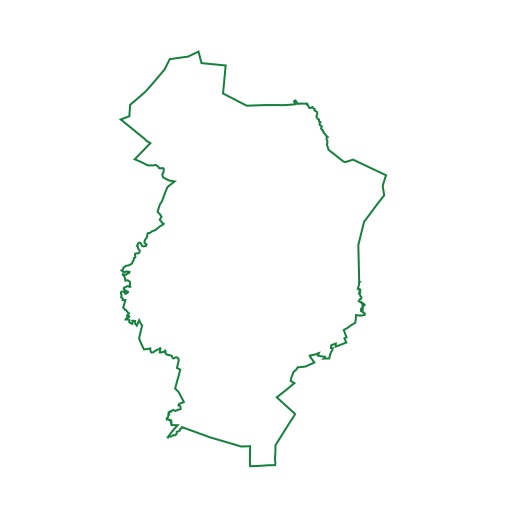 Xalisco, Nayarit, Mexico (Equal Earth projection), rotated 83°
{"feature_id": "50627088B39496804164051", "entity_name": "Xalisco", "entity_type": "district", "adm_level": 2, "iso_a3": "MEX", "parent_name": "Mexico", "parent_adm1": "Nayarit", "projection": "equal_earth", "projection_center": [-104.936, 21.399], "detail": "fine", "context": "isolated", "style": "outline", "palette": "green", "viewbox_px": 512, "rotation_deg": 83, "n_neighbors": 0, "source": "geoboundaries", "source_scale": "gbopen_adm2", "svg_char_len": 6143}
<svg xmlns="http://www.w3.org/2000/svg" viewBox="0 0 512 512"><g transform="rotate(83 256 256)"><path d="M459.9,262.0L454.0,260.8L446.2,259.7L425.6,243.0L418.9,237.3L417.5,236.5L398.8,252.6L391.9,241.2L388.4,235.9L386.9,233.4L384.1,236.9L380.7,235.6L375.5,232.7L374.1,230.4L371.5,228.0L371.7,227.0L371.7,220.0L368.8,211.1L362.4,214.6L361.4,214.8L361.0,209.6L360.0,205.4L362.4,206.8L363.9,202.2L364.4,199.9L365.9,200.5L366.1,200.9L366.6,195.8L363.1,194.6L360.1,192.9L358.9,191.8L356.8,191.0L356.7,192.0L356.5,192.8L353.8,192.2L352.6,187.5L355.7,188.0L352.9,176.9L348.5,178.3L347.8,176.1L340.1,177.9L338.5,173.9L336.2,169.8L334.4,165.6L330.2,164.5L327.6,164.1L326.8,163.8L327.9,160.2L327.7,160.1L327.9,159.2L328.0,157.6L327.6,155.3L327.3,155.3L327.1,155.1L326.4,155.0L324.8,156.9L324.0,156.7L323.2,157.2L323.0,157.4L323.7,158.0L323.6,158.4L322.6,158.3L322.3,158.1L321.9,158.3L321.1,158.1L320.8,157.7L321.0,157.5L321.5,157.3L321.7,157.1L322.2,156.9L322.0,156.6L321.8,156.5L321.4,156.4L320.5,156.8L319.5,156.0L318.8,156.4L318.5,156.4L318.3,156.1L317.2,156.3L317.0,155.8L317.1,155.6L318.4,155.1L318.2,154.6L317.9,154.1L317.5,154.2L316.7,154.9L316.2,155.8L315.5,156.1L315.2,156.8L315.6,156.9L314.5,157.8L314.3,157.7L313.5,159.5L311.7,158.4L311.1,156.7L310.0,156.4L309.4,156.6L308.4,157.3L307.6,157.3L306.7,157.7L306.3,158.0L305.4,157.4L305.4,158.1L303.2,156.9L303.0,157.4L302.1,156.7L301.4,157.3L301.0,159.0L297.0,157.2L295.2,157.0L294.8,156.6L294.6,156.7L294.3,156.2L294.0,156.7L257.6,153.1L235.3,144.6L219.5,129.5L211.4,121.4L201.7,121.7L191.7,117.1L172.2,147.9L173.7,156.0L172.7,157.9L159.5,171.0L153.7,172.1L153.0,171.5L151.9,171.4L151.4,171.2L150.6,171.1L149.7,171.6L148.8,171.7L148.0,171.7L147.0,171.2L146.7,170.3L146.2,170.6L145.1,172.0L144.2,172.0L142.0,173.8L140.9,173.7L140.1,174.5L139.2,174.5L138.9,174.7L138.5,175.3L137.5,175.9L136.9,175.7L136.2,175.2L135.5,174.9L133.6,176.8L133.1,176.7L132.3,176.9L131.6,176.1L130.9,175.8L130.6,176.1L129.9,177.1L129.6,177.2L128.7,176.8L128.3,176.8L127.8,177.2L127.4,178.1L125.1,179.0L123.9,178.8L122.7,178.0L120.9,177.8L120.1,178.2L118.7,180.1L118.3,180.3L117.9,180.2L117.2,179.9L116.8,180.7L116.4,181.1L115.0,181.8L115.0,182.1L115.6,182.9L115.6,184.8L115.1,185.0L115.0,185.4L112.9,186.0L111.9,187.0L111.6,186.4L111.3,186.5L111.0,186.8L110.8,187.2L110.8,188.8L110.1,193.3L110.2,193.6L110.2,195.5L108.3,197.0L106.4,197.9L107.1,199.5L110.1,198.2L110.1,202.2L109.7,209.4L107.3,228.5L105.7,246.9L90.7,268.9L63.2,262.9L57.9,286.6L46.1,288.2L49.8,299.1L50.1,317.6L59.7,324.0L73.2,338.6L79.9,346.3L90.6,362.5L101.9,364.7L104.0,373.6L125.5,352.9L128.3,350.7L131.1,347.1L145.2,364.6L148.5,358.9L152.9,352.3L153.6,346.7L153.3,344.8L153.6,344.2L155.6,342.0L156.7,341.7L157.2,340.9L157.4,339.7L157.3,338.0L157.6,337.4L158.3,336.9L161.6,337.5L162.1,337.9L162.3,338.4L163.7,339.1L166.2,338.8L166.9,338.3L170.3,333.4L172.1,327.7L175.0,332.7L176.9,335.5L181.2,338.0L190.4,342.8L192.8,344.9L199.6,348.2L200.7,348.0L202.7,346.4L205.5,345.0L208.3,347.1L212.5,344.5L212.7,343.7L213.2,343.9L214.9,347.8L217.6,352.0L218.2,353.4L218.8,356.0L220.3,358.8L220.1,360.4L220.5,360.8L221.8,361.4L223.7,361.8L227.1,364.6L229.6,365.1L231.2,363.2L232.0,363.5L232.5,364.0L232.7,365.8L232.7,366.9L231.9,368.0L229.2,368.8L228.5,370.1L228.6,370.8L229.2,371.4L231.4,372.9L231.5,372.6L232.0,372.2L233.8,372.1L235.0,371.8L235.5,371.1L236.1,370.8L237.5,370.9L238.0,371.2L238.5,371.6L238.9,372.2L239.0,372.8L238.8,374.8L238.9,375.4L239.1,375.7L240.5,376.0L242.0,375.8L242.4,375.9L242.9,376.4L243.0,377.1L243.2,377.5L245.2,377.9L246.7,379.2L248.3,379.9L249.6,382.8L249.9,384.4L249.8,386.4L251.0,387.8L251.3,388.9L253.6,389.9L253.9,391.2L255.5,389.8L255.8,388.8L255.8,387.5L255.6,386.5L256.2,383.6L257.3,383.9L258.0,386.4L258.7,387.3L258.6,388.3L257.7,390.1L258.2,390.6L259.1,390.0L259.6,389.3L261.0,389.1L261.3,388.9L262.1,388.8L262.4,388.7L264.5,388.6L264.4,386.9L265.0,385.6L265.8,384.7L266.6,384.3L267.6,384.2L270.0,384.9L271.2,384.5L271.3,385.1L270.8,386.0L270.4,386.5L270.3,387.4L271.7,391.1L272.2,391.3L272.7,391.3L275.1,389.1L275.3,388.5L275.7,387.9L276.1,387.5L276.4,387.4L277.5,389.4L277.6,390.0L277.5,390.4L276.9,390.9L276.6,390.9L276.4,390.6L276.1,390.6L275.7,390.7L275.4,391.1L275.0,393.0L274.9,393.6L275.2,394.1L275.6,394.5L277.4,394.6L278.3,394.2L278.7,394.2L280.5,394.9L280.8,394.7L281.1,394.2L281.9,393.6L282.5,393.5L283.5,393.8L283.9,391.0L291.0,394.1L293.5,392.5L293.5,391.8L297.1,389.7L297.4,389.1L299.7,391.4L300.4,390.7L300.2,389.3L300.5,389.1L301.2,389.4L301.4,390.4L302.8,393.2L303.2,393.2L303.4,390.8L304.3,389.4L306.2,389.9L306.6,389.7L308.3,387.0L305.9,386.4L305.2,386.6L305.2,386.0L305.6,384.3L305.8,384.5L305.9,384.1L308.4,384.1L310.6,382.8L305.5,379.8L309.3,378.5L311.1,377.5L316.1,379.4L323.7,382.1L327.3,381.1L335.1,378.6L335.0,374.0L334.8,372.2L336.8,372.3L338.5,372.0L338.6,371.8L339.1,371.3L339.1,369.8L337.2,366.1L336.5,363.1L335.8,362.4L336.2,362.1L340.0,363.3L340.2,362.5L339.9,359.5L340.1,358.7L338.8,357.8L339.4,357.4L342.2,357.5L343.8,355.0L343.6,354.7L343.9,353.8L344.7,351.9L347.0,351.2L347.5,350.8L347.6,350.1L346.9,348.5L346.8,347.4L347.1,346.6L347.7,346.0L348.7,345.5L349.3,345.6L349.9,345.3L357.5,348.1L359.5,345.1L364.1,346.8L370.5,349.5L377.7,352.4L381.7,349.3L392.1,345.4L392.6,346.8L392.6,347.7L393.8,350.6L394.5,351.1L395.0,351.1L395.8,349.5L397.2,349.3L398.8,349.5L399.1,351.5L399.4,352.7L399.4,353.7L400.0,354.7L399.5,355.8L398.7,356.6L399.5,359.2L400.2,359.4L400.0,360.7L401.0,361.5L401.7,361.5L401.2,361.9L405.1,362.9L406.4,364.4L407.3,364.4L407.2,364.1L408.2,361.3L408.6,361.8L409.3,361.2L409.7,360.1L410.6,360.5L411.4,360.7L411.7,360.2L412.0,360.3L412.4,360.6L413.1,360.7L413.5,360.5L414.4,354.4L419.0,359.7L425.2,365.7L425.5,365.4L425.3,365.1L424.6,364.6L424.6,364.2L424.8,362.8L424.7,361.8L423.7,359.9L423.7,359.7L424.0,359.4L424.1,359.1L424.0,357.9L423.5,357.2L423.1,357.0L423.0,356.7L421.1,356.1L420.8,355.9L420.6,354.5L420.1,353.2L419.8,352.9L418.6,352.4L418.1,351.7L417.6,350.3L416.9,350.2L430.4,323.7L443.3,293.9L444.1,285.0L458.3,287.0L463.9,287.5L464.6,280.4L465.2,269.3L465.9,262.5L464.5,262.1L462.2,261.9L459.9,262.0Z" fill="none" stroke="#15803d" stroke-width="2"/></g></svg>